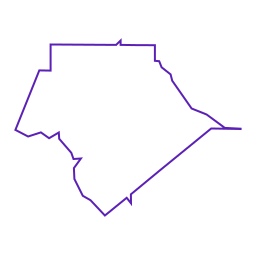 outline of Crawford, Georgia, United States of America
{"feature_id": "52423323B69984552276574", "entity_name": "Crawford", "entity_type": "district", "adm_level": 2, "iso_a3": "USA", "parent_name": "United States of America", "parent_adm1": "Georgia", "projection": "robinson", "projection_center": [-83.966, 32.694], "detail": "fine", "context": "isolated", "style": "outline", "palette": "violet", "viewbox_px": 256, "rotation_deg": 0, "n_neighbors": 0, "source": "geoboundaries", "source_scale": "gbopen_adm2", "svg_char_len": 554}
<svg xmlns="http://www.w3.org/2000/svg" viewBox="0 0 256 256"><path d="M240.6,128.7L224.8,127.9L206.6,114.5L191.6,108.5L172.2,80.7L170.6,74.4L161.6,67.3L159.2,61.2L154.9,60.8L154.9,45.2L135.6,45.1L120.6,44.9L120.6,40.5L116.1,44.9L50.6,44.5L50.6,70.6L39.3,70.4L15.4,129.9L28.1,136.5L40.9,132.4L49.1,138.2L58.8,132.5L59.2,138.8L71.3,152.8L73.5,159.0L80.9,158.5L73.9,168.1L74.4,179.0L82.8,195.8L90.5,200.2L104.9,215.5L126.7,197.8L131.0,203.3L130.9,194.3L159.1,171.0L211.2,128.5L240.6,129.0L240.6,128.7Z" fill="none" stroke="#5b21b6" stroke-width="2"/></svg>